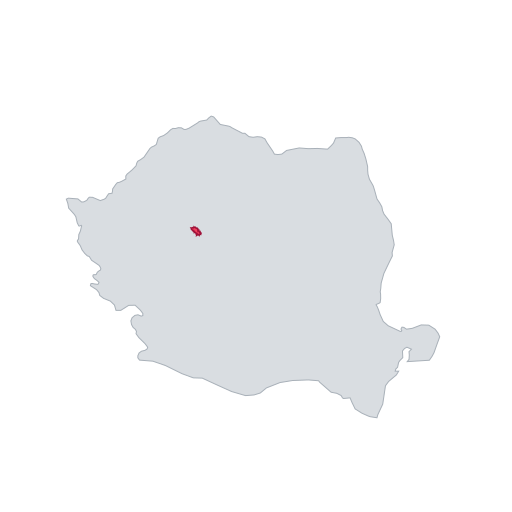 Ighiu, Alba, Romania shown in context, rotated 14°
{"feature_id": "2599482B12358370683897", "entity_name": "Ighiu", "entity_type": "district", "adm_level": 2, "iso_a3": "ROU", "parent_name": "Romania", "parent_adm1": "Alba", "projection": "orthographic", "projection_center": [23.47, 46.158], "detail": "fine", "context": "in_parent", "style": "filled", "palette": "rose", "viewbox_px": 512, "rotation_deg": 14, "n_neighbors": 0, "source": "geoboundaries", "source_scale": "gbopen_adm2", "svg_char_len": 5556}
<svg xmlns="http://www.w3.org/2000/svg" viewBox="0 0 512 512"><g transform="rotate(14 256 256)"><path d="M390.6,282.8L395.3,288.7L401.1,291.7L414.3,294.3L415.4,293.8L415.5,293.1L414.6,292.3L414.4,291.2L414.9,289.7L416.7,289.5L419.7,290.6L425.1,288.4L433.0,282.9L440.4,281.3L447.5,283.7L451.3,286.8L453.8,289.9L453.4,293.9L453.1,296.4L452.1,306.8L451.1,310.7L449.4,315.2L428.3,321.9L429.5,319.3L428.7,315.0L427.6,311.8L429.4,308.8L424.5,308.0L422.5,309.8L421.1,312.7L423.0,319.1L420.8,322.8L420.1,324.9L420.3,329.7L419.0,331.8L418.9,334.1L422.3,333.2L421.0,337.4L415.0,345.7L413.0,350.6L414.8,369.1L412.6,380.4L412.5,383.7L405.6,384.3L403.5,384.1L396.8,382.9L389.2,380.4L384.6,374.9L381.6,370.9L375.4,373.1L374.2,372.7L372.4,370.8L367.6,369.7L361.8,370.0L348.4,363.1L346.9,361.9L336.7,363.6L321.5,368.0L309.9,373.0L298.0,381.5L293.3,387.9L287.7,391.3L279.6,394.0L265.0,393.4L249.7,390.6L233.4,387.5L224.6,389.4L212.7,388.1L194.7,384.2L181.4,383.0L168.2,385.2L166.0,383.4L165.5,381.4L166.0,378.4L167.9,376.1L171.1,374.4L172.8,372.6L173.0,370.7L169.4,367.8L162.2,363.6L159.2,361.1L158.4,360.4L158.3,358.2L156.8,356.4L154.0,355.0L151.8,352.6L150.3,349.2L150.7,345.9L152.9,342.9L155.7,341.6L159.2,342.1L160.6,341.2L160.1,339.1L156.7,336.4L150.6,333.0L144.4,334.7L137.9,341.5L133.3,342.6L130.5,337.8L125.6,335.0L118.4,334.0L114.0,332.1L112.4,329.4L109.4,327.2L102.5,324.9L102.5,322.8L103.6,322.3L106.1,322.2L109.4,321.8L109.9,320.6L110.0,319.5L107.4,318.1L104.8,317.1L103.5,316.1L102.6,315.1L102.5,314.0L103.3,313.2L104.3,313.2L105.4,312.6L106.0,310.1L107.5,308.1L108.5,307.3L108.5,305.8L107.5,304.4L106.1,303.1L104.0,302.3L97.5,299.9L94.3,296.8L92.3,296.7L89.2,294.9L85.8,292.2L82.9,288.4L79.8,285.8L79.0,284.8L79.0,283.9L79.6,282.9L79.6,281.7L78.9,278.1L79.6,274.2L79.5,270.6L79.6,269.0L79.0,268.5L78.4,269.0L77.6,269.6L76.8,269.7L74.5,267.0L71.7,261.5L69.8,259.7L66.0,257.1L62.7,254.9L60.6,250.3L58.2,246.7L59.9,245.3L69.4,243.7L73.7,245.8L75.7,245.2L77.6,243.6L78.7,242.3L79.0,241.0L80.0,239.3L83.2,238.6L91.5,239.9L95.0,237.6L96.2,236.3L97.1,233.5L98.0,231.2L101.1,230.0L101.1,227.9L100.7,225.6L102.6,220.5L103.7,218.4L105.4,217.7L107.5,216.1L111.1,212.8L110.3,209.9L111.1,207.7L114.9,202.5L117.8,197.5L117.8,194.9L118.3,192.7L120.8,190.3L123.4,187.2L127.1,177.3L128.3,175.6L130.6,173.8L132.3,171.9L132.6,165.4L134.1,163.6L137.2,161.5L140.2,158.1L142.6,154.2L144.5,152.3L147.0,151.8L149.6,150.3L152.6,149.7L155.5,150.6L157.3,150.2L160.1,148.2L167.2,140.9L168.2,139.5L169.6,138.5L175.3,136.0L176.8,133.4L178.7,131.1L181.3,131.3L189.5,137.0L198.3,136.6L199.9,136.8L200.4,137.0L201.5,137.4L213.2,140.2L215.0,139.8L215.5,139.6L220.3,141.9L224.5,141.5L228.4,139.9L232.5,139.3L236.3,140.2L239.3,143.4L246.9,150.2L249.2,152.7L252.6,152.3L256.4,150.9L260.1,146.2L271.8,140.7L280.8,139.2L289.5,136.8L299.6,135.0L302.4,130.6L303.9,127.7L304.8,122.2L310.2,120.4L315.4,119.1L317.2,118.4L320.9,118.0L323.9,118.4L328.5,120.8L331.8,124.0L333.2,126.6L336.1,130.3L339.2,135.4L342.7,142.3L343.6,145.8L344.9,149.6L347.5,154.1L352.3,159.1L353.0,160.0L355.2,163.6L359.6,171.4L363.1,174.5L366.2,177.8L367.8,181.3L370.1,184.4L375.2,188.4L379.4,192.0L383.2,202.9L385.8,207.9L387.4,211.7L387.2,219.7L388.3,223.0L386.9,229.3L384.3,242.0L384.0,252.0L384.9,257.3L385.2,260.7L386.1,262.8L387.3,267.3L387.7,271.2L386.5,272.4L384.9,273.5L384.3,274.3L386.0,276.0L388.3,279.2L390.6,282.8Z" fill="#d9dde1" stroke="#a8b0b8" stroke-width="1"/><path d="M193.5,250.3L193.6,250.2L193.6,249.9L193.7,249.7L193.9,249.7L194.0,249.6L194.2,249.4L194.3,249.3L194.3,249.2L194.5,249.2L194.6,249.3L194.7,249.2L194.8,249.2L195.0,249.2L195.3,249.2L195.3,249.3L195.5,249.3L195.6,249.2L195.8,249.2L195.9,249.3L195.9,249.1L195.9,248.9L196.0,248.9L196.0,249.0L196.2,248.8L196.2,248.7L196.3,248.4L196.3,248.2L196.5,248.1L196.8,248.2L197.1,248.3L197.1,248.0L197.1,247.9L197.0,247.7L197.2,247.4L197.1,247.2L196.9,246.9L196.6,247.0L196.4,246.9L196.2,246.8L196.1,246.7L195.9,246.6L196.0,246.5L196.1,246.4L195.7,245.7L195.5,245.8L195.4,245.9L195.3,246.0L195.1,245.8L195.0,246.0L194.9,245.9L194.6,245.7L194.6,245.8L194.5,245.7L194.4,245.7L194.2,245.4L193.9,245.3L194.0,245.2L194.0,245.3L194.1,245.2L193.9,245.0L193.8,244.9L193.7,245.0L193.7,244.9L193.5,244.7L193.4,244.6L193.1,244.5L193.1,244.4L193.0,244.1L193.1,243.9L192.9,243.8L192.8,243.7L192.6,243.7L192.7,243.8L192.4,243.6L192.2,243.5L191.9,243.5L191.9,243.4L191.7,243.5L191.5,243.4L191.4,243.3L191.1,243.3L190.9,243.3L190.7,243.3L190.7,243.2L190.4,242.9L190.1,242.8L189.9,242.7L189.7,242.8L189.5,243.0L189.4,243.0L189.2,243.2L189.0,243.3L188.9,243.2L188.9,243.3L188.7,243.4L188.6,243.5L188.4,243.7L188.4,243.8L188.2,243.9L188.1,243.7L188.0,243.8L187.9,243.8L187.7,243.9L187.3,243.9L187.2,244.0L186.9,244.3L186.8,244.5L186.7,244.6L186.4,244.6L186.5,244.7L186.5,244.9L186.5,245.0L186.6,245.3L186.7,245.5L186.9,245.6L187.0,245.7L187.1,245.8L187.3,246.0L187.5,246.1L187.8,246.1L188.0,246.2L188.3,246.2L188.3,246.3L188.2,246.3L188.3,246.3L188.4,246.5L188.5,246.5L188.8,246.6L189.0,246.7L189.0,246.8L189.3,246.8L189.3,247.0L189.5,247.0L189.7,247.3L189.8,247.4L189.8,247.5L190.0,247.5L190.3,247.5L190.3,247.4L190.4,247.5L190.5,247.6L190.8,247.7L190.8,247.8L190.9,247.7L191.0,247.7L191.3,247.7L191.4,247.8L191.5,247.8L191.7,248.0L191.8,248.1L192.0,248.2L192.1,248.3L192.3,248.4L192.3,248.5L192.5,248.7L192.5,248.8L192.8,248.8L192.7,248.9L192.7,249.0L192.8,249.0L192.9,248.9L192.9,249.0L192.9,248.9L193.0,249.0L192.9,249.2L192.9,249.3L193.0,249.5L193.2,249.8L193.4,249.8L193.5,250.0L193.5,250.3L193.5,250.3Z" fill="#f43f5e" stroke="#9f1239" stroke-width="1.5"/></g></svg>